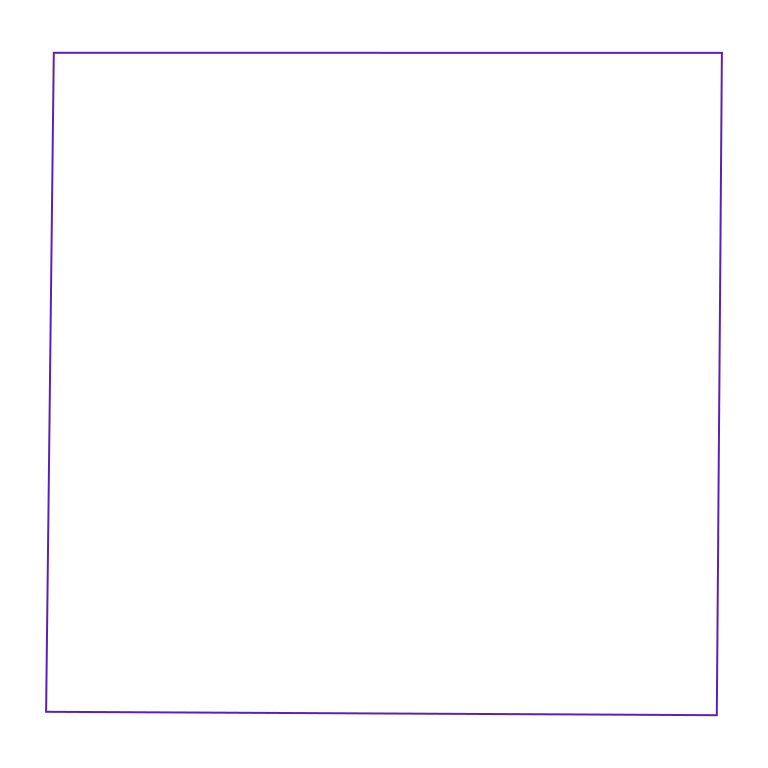 the district of Realicó, La Pampa, Argentina
{"feature_id": "61730980B60690576919105", "entity_name": "Realicó", "entity_type": "district", "adm_level": 2, "iso_a3": "ARG", "parent_name": "Argentina", "parent_adm1": "La Pampa", "projection": "robinson", "projection_center": [-64.197, -35.226], "detail": "fine", "context": "isolated", "style": "outline", "palette": "violet", "viewbox_px": 768, "rotation_deg": 0, "n_neighbors": 0, "source": "geoboundaries", "source_scale": "gbopen_adm2", "svg_char_len": 373}
<svg xmlns="http://www.w3.org/2000/svg" viewBox="0 0 768 768"><path d="M46.1,711.8L185.8,712.5L384.5,713.5L587.0,714.5L715.1,715.2L716.8,715.2L718.2,538.5L718.2,531.6L719.7,343.0L721.8,63.9L721.9,52.9L717.2,52.9L643.0,52.9L474.3,52.9L334.5,52.8L97.9,52.8L74.0,52.8L53.8,52.8L53.6,69.2L52.1,197.3L49.0,465.2L46.1,711.8Z" fill="none" stroke="#5b21b6" stroke-width="2"/></svg>